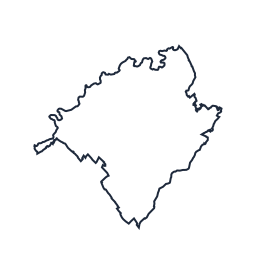 the district of Vagiulesti, Gorj, Romania, rotated 106°
{"feature_id": "2599482B50580940662948", "entity_name": "Vagiulesti", "entity_type": "district", "adm_level": 2, "iso_a3": "ROU", "parent_name": "Romania", "parent_adm1": "Gorj", "projection": "mercator", "projection_center": [23.109, 44.721], "detail": "fine", "context": "isolated", "style": "outline", "palette": "slate", "viewbox_px": 256, "rotation_deg": 106, "n_neighbors": 0, "source": "geoboundaries", "source_scale": "gbopen_adm2", "svg_char_len": 5737}
<svg xmlns="http://www.w3.org/2000/svg" viewBox="0 0 256 256"><g transform="rotate(106 128 128)"><path d="M163.6,180.3L165.6,176.3L166.0,175.4L165.8,174.6L166.3,174.5L166.5,173.9L166.3,173.6L167.0,173.3L167.4,171.9L168.4,170.3L169.0,169.1L169.6,168.3L170.2,168.1L172.9,164.2L170.3,162.9L170.1,162.9L169.6,163.7L166.8,163.0L168.4,160.7L166.8,160.5L164.4,159.3L167.2,154.8L168.3,153.5L170.5,149.4L169.3,148.8L164.2,147.9L167.4,141.6L167.9,141.7L169.1,139.8L170.6,139.4L170.9,140.2L170.5,141.9L173.0,142.2L176.9,135.6L179.2,133.5L180.2,134.7L181.6,135.8L186.8,138.9L187.5,138.1L187.9,138.5L192.1,135.2L193.5,133.6L193.2,132.7L193.4,132.2L196.0,129.2L197.1,127.3L199.5,124.5L200.2,124.4L202.8,119.9L203.0,119.9L205.6,116.5L205.9,116.5L207.0,114.9L208.5,116.4L210.3,114.1L211.8,111.5L212.4,111.8L213.4,111.3L215.7,109.2L217.0,107.4L218.4,104.5L219.7,100.9L216.9,99.5L213.3,97.3L217.1,92.9L218.7,92.9L220.8,90.1L217.1,90.5L214.7,90.0L210.3,87.3L210.5,86.7L208.8,85.3L204.8,84.5L197.9,80.8L196.4,81.0L196.2,81.5L193.6,81.7L191.3,82.6L185.7,81.1L181.7,81.3L180.4,81.1L177.6,81.1L174.8,78.1L171.3,76.1L170.4,74.3L169.2,72.8L168.3,72.7L164.6,73.1L163.3,72.9L160.8,73.5L159.4,73.3L157.7,72.1L157.1,71.4L156.8,70.3L155.3,69.1L154.7,66.4L153.2,63.7L152.2,60.5L151.2,59.3L150.2,58.5L149.2,58.4L144.2,58.8L141.1,57.6L138.6,57.1L137.8,56.7L135.5,56.3L133.5,56.4L131.9,55.8L130.8,54.7L130.0,54.1L129.3,53.0L125.6,52.7L123.6,51.8L122.7,50.5L121.7,50.5L122.1,49.5L121.7,49.2L120.0,49.1L117.6,48.0L115.1,48.7L114.9,50.3L114.6,50.4L113.9,55.4L111.9,53.6L111.8,53.2L110.5,52.2L110.1,51.3L108.2,50.3L107.1,48.7L107.6,48.6L108.2,49.4L108.6,49.0L108.5,48.2L108.7,47.7L107.6,47.3L107.5,46.4L106.9,46.0L105.7,46.1L105.3,47.1L102.8,46.6L100.6,46.7L100.2,46.5L97.2,46.0L94.6,44.4L92.3,43.4L92.3,43.8L91.6,46.0L89.1,45.4L87.5,43.5L86.5,43.0L85.9,43.4L83.5,43.5L83.0,45.5L83.7,45.7L84.9,45.6L85.7,45.9L86.1,46.4L85.7,47.1L85.1,47.2L84.3,48.0L83.9,47.9L83.6,47.4L83.4,47.5L83.2,49.0L82.9,49.0L82.8,49.6L83.2,52.6L84.4,53.7L85.5,54.0L86.9,55.8L87.5,55.6L87.9,56.1L85.5,59.9L85.7,60.0L85.0,61.5L85.9,62.1L84.7,63.9L85.6,64.9L87.1,63.3L88.1,63.6L89.0,63.6L89.7,64.0L89.4,64.8L90.5,64.9L90.4,65.3L90.4,66.1L92.3,65.9L93.1,66.2L92.6,67.2L92.0,67.7L91.5,67.3L91.1,67.4L88.5,69.4L87.8,69.0L87.4,69.9L86.8,70.2L87.8,70.8L87.8,71.5L86.9,71.7L86.4,70.7L86.2,71.2L85.8,71.3L85.6,70.8L85.0,70.5L84.7,70.8L84.1,70.6L83.0,69.6L80.5,71.3L79.8,72.5L78.7,73.2L77.9,73.3L77.6,73.0L76.9,73.6L81.7,76.9L80.5,78.2L81.3,78.8L80.1,80.6L78.4,81.4L77.2,82.5L76.0,82.2L75.7,81.0L75.1,80.3L72.1,80.3L70.6,79.9L69.0,78.9L67.4,78.2L64.8,78.2L60.6,77.2L58.9,78.2L56.9,78.7L55.2,80.3L52.2,82.4L51.7,83.0L51.2,83.1L50.9,84.0L50.3,84.2L47.1,86.9L46.5,87.9L46.3,87.7L43.7,89.9L41.7,91.1L36.3,98.8L36.7,99.2L35.2,101.5L38.5,102.0L39.5,103.0L40.3,104.3L40.4,105.4L40.1,106.2L39.8,106.5L38.1,106.8L37.9,107.0L37.9,107.6L40.2,109.9L40.3,111.1L41.7,112.1L42.7,111.9L43.3,112.4L43.5,114.3L44.7,116.4L44.8,118.1L45.5,119.1L46.9,119.3L48.1,118.5L48.6,117.7L48.7,117.3L48.6,115.9L48.9,114.3L48.7,112.9L49.2,112.0L50.0,111.4L50.6,111.3L51.3,111.6L52.6,112.6L53.6,114.3L54.4,114.8L55.4,115.0L56.0,114.4L55.3,111.8L55.7,110.8L57.2,110.3L58.0,110.3L60.1,111.6L60.5,112.1L60.2,113.4L60.6,115.0L61.4,115.2L62.5,115.0L63.9,115.4L64.5,117.9L64.2,119.7L65.0,120.5L64.5,122.7L63.9,123.2L63.0,123.3L61.9,123.1L59.5,123.4L57.4,123.0L55.3,124.5L54.6,125.5L54.6,126.2L56.1,127.6L56.1,128.3L55.8,129.9L56.7,132.0L57.5,132.4L58.9,132.7L61.1,132.6L62.2,133.6L64.3,133.9L65.9,135.4L66.4,136.2L66.5,138.4L66.8,139.0L66.5,139.6L62.9,140.1L62.6,139.9L62.3,139.1L61.8,138.9L61.2,139.5L61.2,140.1L60.2,140.9L60.2,141.5L60.7,143.6L60.2,144.9L59.5,146.1L60.3,147.4L62.0,147.7L62.7,148.3L64.2,148.9L66.6,151.4L68.2,152.5L70.1,153.1L73.5,153.3L73.8,153.1L74.6,152.0L74.9,151.9L75.8,152.3L77.9,154.0L78.0,154.8L78.4,155.5L78.7,155.8L79.8,156.0L80.1,156.5L81.3,159.0L81.4,159.5L81.2,161.3L82.1,161.7L82.3,162.1L82.7,164.2L82.3,164.4L82.0,165.0L81.3,165.4L81.2,167.1L81.7,167.7L82.8,168.3L84.3,167.9L85.3,168.5L87.2,168.9L89.2,168.2L89.8,167.5L90.4,167.2L92.0,166.8L92.4,167.0L94.4,169.1L94.4,169.7L93.8,171.2L94.7,173.0L97.4,175.3L98.8,175.7L99.4,176.5L99.8,177.5L99.8,178.7L99.4,179.2L98.6,179.5L98.4,179.9L98.7,180.4L99.2,180.5L101.6,179.7L103.4,179.9L105.6,179.0L109.1,179.1L110.4,180.0L111.1,183.0L112.3,183.9L114.7,183.7L115.8,182.7L117.3,182.1L117.7,181.5L118.0,181.4L118.6,181.4L120.7,182.3L121.1,182.7L121.6,184.0L126.1,187.5L128.8,192.1L128.9,193.0L127.9,197.5L128.3,199.3L128.8,199.9L130.5,200.6L131.1,200.5L131.7,199.9L131.8,198.4L132.0,198.2L133.9,197.5L135.1,195.2L137.1,194.0L138.2,194.6L139.3,195.8L139.6,197.1L139.1,198.1L138.0,198.7L137.1,199.9L136.3,200.5L135.9,201.6L135.9,202.4L136.4,204.1L136.5,204.9L136.7,205.6L137.3,206.1L138.6,206.8L138.9,206.7L140.0,205.3L140.5,204.2L140.4,203.5L140.8,202.4L140.8,201.0L141.7,200.2L142.8,200.0L145.9,197.9L146.6,196.1L147.3,195.5L149.9,196.3L151.9,196.4L154.7,197.8L155.6,198.0L157.1,197.1L158.4,197.2L158.9,197.5L160.3,200.2L161.7,201.6L162.3,202.7L163.7,204.0L164.5,204.9L164.9,206.0L166.2,207.0L166.8,207.9L167.1,209.2L167.9,210.0L169.2,210.1L170.4,210.7L170.6,211.2L170.3,213.0L171.3,213.0L171.8,212.4L173.6,212.1L175.1,210.4L175.5,209.7L175.8,208.7L177.7,208.1L174.7,205.2L174.2,204.4L172.4,203.4L169.9,201.3L169.3,201.6L168.9,201.3L168.0,201.0L167.6,200.4L168.0,200.1L167.8,199.8L167.9,199.5L166.5,198.2L165.2,198.0L164.2,197.5L163.4,197.7L163.3,197.4L164.1,195.9L163.7,195.9L162.8,195.3L161.4,195.1L161.6,195.9L160.3,195.5L160.0,195.6L159.6,195.1L159.3,194.3L158.9,194.1L158.7,193.6L158.0,193.7L157.2,194.4L157.6,193.5L158.1,193.1L159.0,190.7L159.6,188.7L159.9,186.6L160.3,186.1L160.3,184.3L160.8,183.4L163.6,180.3Z" fill="none" stroke="#1e293b" stroke-width="2"/></g></svg>